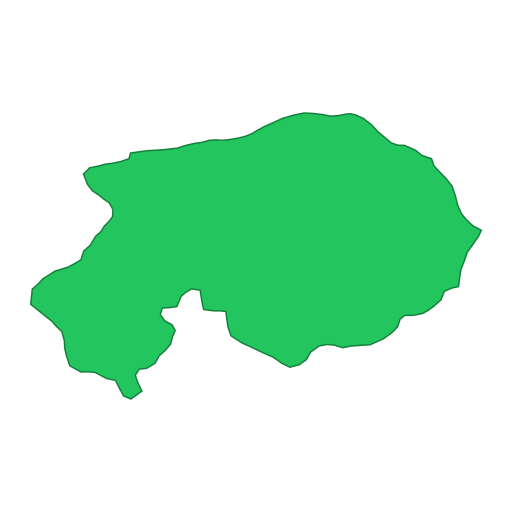 Charqueadas, Rio Grande do Sul, Brazil
{"feature_id": "56859067B28095216539953", "entity_name": "Charqueadas", "entity_type": "district", "adm_level": 2, "iso_a3": "BRA", "parent_name": "Brazil", "parent_adm1": "Rio Grande do Sul", "projection": "mercator", "projection_center": [-51.568, -29.995], "detail": "fine", "context": "isolated", "style": "filled", "palette": "green", "viewbox_px": 512, "rotation_deg": 0, "n_neighbors": 0, "source": "geoboundaries", "source_scale": "gbopen_adm2", "svg_char_len": 1941}
<svg xmlns="http://www.w3.org/2000/svg" viewBox="0 0 512 512"><path d="M141.9,391.1L137.9,382.9L135.3,375.3L139.3,369.1L146.7,368.3L155.0,363.2L159.4,355.5L165.2,350.4L170.6,344.1L172.5,336.5L175.2,330.5L172.0,324.8L164.6,320.7L160.3,314.5L162.3,308.0L169.5,307.6L176.8,306.6L181.1,296.4L186.0,292.1L191.7,288.9L200.2,290.2L201.7,300.3L203.6,309.5L213.6,310.8L220.4,310.9L225.8,311.4L227.9,326.7L231.0,335.8L242.3,343.1L251.7,347.3L264.0,353.2L273.4,357.3L281.7,363.2L289.9,367.2L299.3,364.7L306.4,359.6L310.6,352.1L319.0,346.0L326.8,344.5L334.3,345.1L342.6,347.7L351.4,346.0L370.2,344.7L383.5,338.7L391.5,333.0L397.5,326.9L400.1,319.1L404.6,315.4L412.9,315.4L422.4,313.5L428.0,310.5L434.2,305.9L441.1,299.6L444.2,291.4L452.2,287.9L458.5,286.6L459.6,278.0L461.0,269.1L464.2,261.2L467.1,252.6L478.4,236.5L481.3,230.3L472.7,225.7L466.7,220.1L461.5,213.9L457.5,204.7L455.3,195.7L452.2,186.5L446.2,178.7L439.5,171.8L434.0,165.9L431.5,158.7L421.8,155.4L415.5,150.2L404.6,145.4L397.8,145.2L391.2,142.9L378.2,132.0L371.3,124.6L363.1,118.3L355.7,115.0L350.0,113.7L344.8,114.3L338.4,115.6L330.8,116.2L323.5,114.7L313.9,113.5L304.1,113.0L292.8,115.3L282.2,118.5L272.8,122.8L264.5,126.5L257.7,130.1L252.1,133.6L245.4,136.3L238.6,138.0L233.2,139.0L227.2,139.9L221.8,140.3L216.4,139.9L209.3,140.3L202.8,142.2L193.9,143.5L184.3,145.8L177.4,148.1L162.4,149.8L147.2,150.7L130.5,153.0L129.0,158.7L120.3,161.7L112.5,163.2L105.2,164.2L97.4,166.3L89.7,167.8L83.5,174.1L87.4,184.2L92.5,190.9L98.6,194.9L104.3,199.5L109.2,202.7L113.0,209.6L112.5,216.9L108.8,221.7L104.6,225.7L101.1,231.4L95.7,236.2L90.3,245.1L83.8,251.0L80.9,259.9L73.0,264.5L68.1,267.1L55.0,271.1L42.7,279.0L37.6,284.5L32.3,289.1L30.7,304.3L52.1,321.4L55.9,325.9L61.8,331.5L64.4,341.0L64.7,348.0L66.4,355.6L69.8,365.8L81.0,372.0L88.1,371.8L95.1,372.4L106.8,378.6L115.4,380.3L119.6,388.5L123.6,396.0L131.0,399.0L135.9,395.4L141.9,391.1Z" fill="#22c55e" stroke="#15803d" stroke-width="1.5"/></svg>